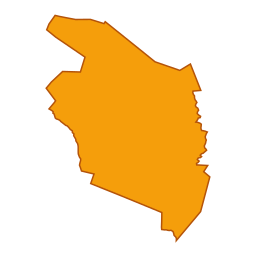 outline of Elesbão Veloso, Piauí, Brazil
{"feature_id": "56859067B9970821257973", "entity_name": "Elesbão Veloso", "entity_type": "district", "adm_level": 2, "iso_a3": "BRA", "parent_name": "Brazil", "parent_adm1": "Piauí", "projection": "mercator", "projection_center": [-42.169, -6.199], "detail": "fine", "context": "isolated", "style": "filled", "palette": "amber", "viewbox_px": 256, "rotation_deg": 0, "n_neighbors": 0, "source": "geoboundaries", "source_scale": "gbopen_adm2", "svg_char_len": 1821}
<svg xmlns="http://www.w3.org/2000/svg" viewBox="0 0 256 256"><path d="M190.4,64.0L179.8,70.4L155.0,61.8L144.5,53.3L105.2,21.7L104.0,23.6L90.4,19.4L75.6,19.5L66.5,17.8L61.5,16.8L59.8,16.5L55.1,15.4L49.0,24.0L46.7,29.8L55.8,37.2L72.7,48.7L85.0,57.1L80.4,72.0L62.6,71.5L51.4,82.0L46.2,88.2L51.3,95.0L55.6,100.8L54.2,102.7L49.0,108.9L52.2,110.8L53.2,111.8L52.9,113.1L54.1,114.0L54.7,116.1L55.3,118.0L56.3,118.9L58.2,119.5L59.8,120.3L60.8,121.5L62.0,122.4L65.8,125.4L67.3,125.9L68.2,126.9L69.1,127.9L70.3,129.5L72.3,130.8L72.4,132.6L73.9,133.9L73.7,135.7L75.0,137.9L75.8,139.3L75.9,140.9L77.6,143.6L78.0,145.3L78.2,146.8L78.2,150.1L78.2,151.9L78.3,154.0L79.5,157.2L80.7,158.9L80.6,160.6L79.9,163.1L79.5,165.2L80.3,167.3L81.5,171.0L94.0,174.0L90.7,183.6L121.4,195.9L161.8,212.5L161.8,215.8L161.7,221.7L161.5,227.2L161.7,229.5L164.7,229.9L166.1,229.8L167.8,230.3L169.3,230.5L171.0,230.3L173.0,231.5L173.6,233.2L174.1,235.4L175.8,237.1L176.4,238.6L176.3,240.6L198.7,213.9L200.6,211.6L201.1,209.7L209.8,176.9L203.7,171.7L207.7,165.5L196.7,164.9L196.5,163.4L198.1,162.4L199.1,161.1L197.3,159.6L197.9,158.3L199.1,157.7L200.4,157.6L201.6,156.6L200.2,155.2L201.6,153.7L203.2,153.2L204.3,152.2L205.4,151.3L206.6,150.2L205.8,148.9L204.7,147.9L204.3,145.9L204.9,144.6L205.6,143.0L205.8,141.6L206.3,140.0L205.5,138.4L205.2,136.8L205.7,135.3L206.4,133.5L207.3,132.0L205.3,131.2L203.2,130.7L201.6,130.5L201.1,129.2L200.9,127.9L201.1,126.4L201.3,124.2L200.2,123.3L199.0,122.8L197.5,122.3L195.9,122.1L196.9,120.7L197.8,119.3L198.2,118.1L200.2,117.6L200.6,116.3L199.5,115.6L198.3,114.7L197.2,113.5L197.5,111.8L198.6,110.2L197.8,108.2L196.2,107.1L195.4,105.8L195.9,103.9L196.9,102.5L196.2,101.2L195.0,99.6L194.5,97.8L194.5,95.9L193.4,94.4L192.8,92.7L193.0,91.1L200.8,90.4L190.4,64.0Z" fill="#f59e0b" stroke="#b45309" stroke-width="1.5"/></svg>